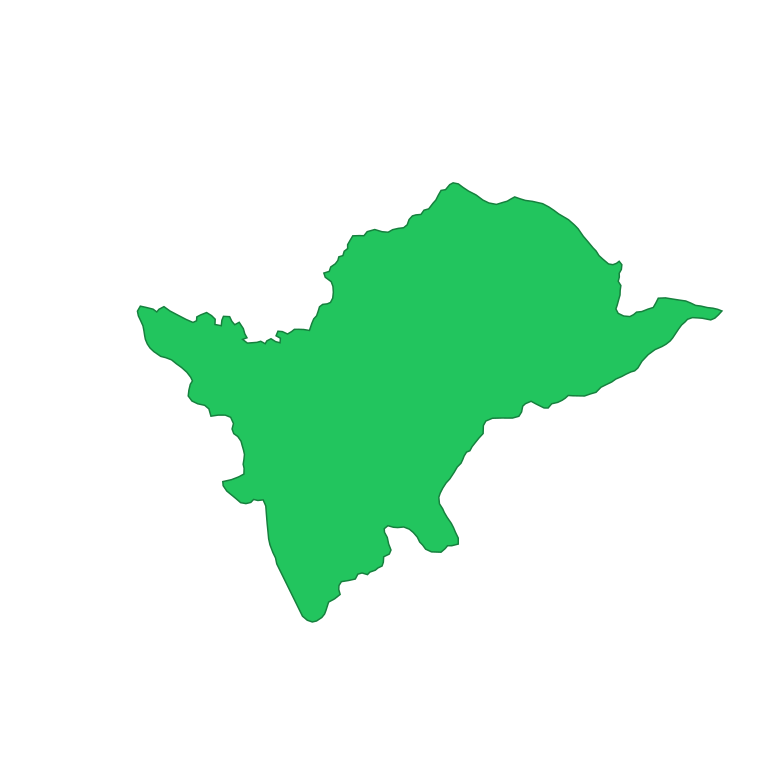 the district of Ituverava, São Paulo, Brazil, rotated 302°
{"feature_id": "56859067B5910170825055", "entity_name": "Ituverava", "entity_type": "district", "adm_level": 2, "iso_a3": "BRA", "parent_name": "Brazil", "parent_adm1": "São Paulo", "projection": "equal_earth", "projection_center": [-47.81, -20.319], "detail": "fine", "context": "isolated", "style": "filled", "palette": "green", "viewbox_px": 768, "rotation_deg": 302, "n_neighbors": 0, "source": "geoboundaries", "source_scale": "gbopen_adm2", "svg_char_len": 4263}
<svg xmlns="http://www.w3.org/2000/svg" viewBox="0 0 768 768"><g transform="rotate(302 384 384)"><path d="M315.1,136.3L311.6,139.6L308.8,144.0L305.6,148.8L301.7,152.4L298.3,155.3L295.4,158.0L292.5,162.1L290.5,166.6L289.5,171.7L289.1,180.0L290.7,185.0L291.9,191.0L291.1,197.4L290.7,203.7L289.5,210.6L287.3,216.5L285.1,219.9L281.1,219.9L275.4,221.8L270.1,224.3L267.8,230.1L268.5,236.5L270.9,243.2L270.1,248.7L265.0,254.3L269.8,259.9L273.5,265.9L274.5,271.6L270.7,277.3L265.3,279.0L262.3,282.9L262.0,287.8L259.7,293.1L256.8,296.2L253.4,300.0L250.3,303.0L245.8,305.2L241.3,307.1L238.4,310.0L233.4,312.9L228.0,309.8L222.0,305.3L215.8,299.0L212.5,301.5L209.9,307.4L208.3,319.6L207.4,325.3L209.4,330.3L213.0,333.8L217.0,334.6L218.4,338.8L221.7,342.9L217.9,348.4L211.5,353.1L203.7,358.9L197.5,363.7L191.6,368.2L187.2,372.5L182.2,379.1L179.0,384.2L174.6,388.4L143.9,437.9L143.0,444.1L144.2,449.3L147.3,452.4L153.1,455.0L157.4,455.5L161.1,454.8L169.7,452.6L175.7,456.0L182.3,458.3L185.8,454.5L189.2,452.6L193.8,452.6L198.6,458.1L203.4,463.0L208.9,462.6L212.1,465.5L213.6,471.0L217.0,471.7L221.5,475.3L224.9,476.4L228.6,478.8L232.5,477.9L237.3,475.3L242.6,478.6L246.9,477.9L250.8,472.7L255.6,468.1L258.5,463.0L261.4,460.9L265.9,462.4L267.5,467.9L269.5,471.7L273.2,476.5L274.3,482.4L273.6,487.5L271.8,493.4L268.9,498.0L267.9,502.1L266.0,506.8L266.8,513.2L269.1,517.2L271.6,521.5L276.8,523.1L280.5,523.6L282.8,527.2L287.6,531.8L292.7,528.6L296.1,523.2L299.0,519.1L301.5,514.9L304.4,508.2L307.0,503.2L309.2,500.0L311.8,494.5L317.0,490.5L321.2,489.5L326.8,489.0L333.0,489.1L338.4,490.1L346.4,490.3L352.4,490.1L357.6,491.3L361.7,490.8L365.4,490.1L370.0,490.1L372.9,492.2L377.6,491.9L388.2,493.1L394.5,494.3L401.4,490.3L406.6,490.0L412.4,494.1L415.4,498.6L417.9,502.4L420.2,506.2L423.3,511.1L428.1,515.5L433.2,515.5L438.7,513.4L442.3,514.4L447.3,517.9L447.6,523.1L448.5,532.4L450.6,535.9L456.1,536.7L460.5,541.1L464.6,543.7L467.9,545.2L471.9,546.3L474.0,550.2L480.1,560.4L485.2,564.5L489.3,568.2L496.2,569.7L501.1,572.7L506.5,576.1L511.1,578.0L516.3,581.6L520.5,584.0L525.0,586.9L528.0,589.6L532.1,590.8L540.0,590.7L549.0,592.5L556.8,595.6L563.1,599.9L567.2,602.1L572.2,603.9L576.0,604.4L586.9,604.7L591.8,605.1L596.1,606.4L599.7,607.1L603.7,610.3L606.3,615.0L608.4,619.0L611.5,627.1L615.2,629.7L620.0,631.0L625.0,631.9L624.2,627.5L622.6,622.8L620.2,617.8L618.0,611.4L615.8,606.6L615.2,601.2L614.3,595.9L611.5,589.6L608.6,582.8L606.2,577.1L602.1,571.1L596.6,571.6L591.6,571.8L587.4,568.2L582.0,564.2L578.8,560.1L575.1,558.9L571.5,556.8L568.7,551.3L568.0,545.2L570.5,540.9L574.4,540.0L579.0,538.6L584.5,537.0L588.5,534.7L593.0,532.7L595.2,528.2L599.4,526.9L602.5,524.8L606.9,524.6L611.2,522.5L612.7,518.4L609.5,517.2L606.5,514.9L604.8,510.8L605.9,503.2L606.8,498.3L609.2,493.3L610.3,488.9L612.7,481.7L614.9,474.7L618.5,466.4L619.7,461.6L621.1,453.4L620.8,441.9L621.3,436.2L621.5,430.0L621.0,423.0L617.6,413.2L614.6,406.6L613.2,401.4L611.9,395.7L608.0,393.5L604.3,391.6L601.1,388.7L595.9,384.2L593.1,377.0L592.4,370.4L593.1,362.0L592.4,353.4L592.6,346.7L593.1,341.0L591.2,336.0L587.9,334.1L581.4,333.2L578.4,329.8L573.0,330.0L567.5,330.5L563.4,329.8L556.2,329.1L552.6,325.8L547.4,325.5L544.3,321.4L541.6,319.0L536.8,318.1L531.3,319.3L526.9,317.8L523.5,313.6L519.4,309.5L514.9,307.1L512.1,301.6L510.1,294.3L504.3,289.0L499.1,288.4L496.8,284.5L493.1,279.0L488.3,279.1L482.9,279.3L479.6,281.4L475.5,279.9L471.1,281.1L467.9,278.3L464.3,279.4L460.1,279.0L455.0,276.8L450.5,277.9L446.2,274.2L443.4,277.6L442.8,285.0L439.7,289.0L435.0,292.4L429.7,295.0L424.8,295.4L421.9,293.4L419.0,289.8L415.3,288.4L410.9,289.6L406.1,290.7L402.0,289.9L397.0,290.7L389.9,292.4L387.7,287.1L385.0,282.4L382.8,279.0L379.6,277.9L375.3,275.7L374.6,270.1L372.6,266.1L367.7,266.9L367.9,271.9L363.9,274.0L362.5,269.7L362.5,264.2L358.5,261.8L355.2,261.9L354.9,256.8L352.0,254.2L349.2,250.4L346.3,246.5L346.9,240.4L350.6,243.3L352.9,239.2L356.4,235.4L359.6,228.5L355.2,226.0L356.5,221.8L359.3,217.4L356.3,212.0L352.2,212.7L347.2,215.1L344.9,209.1L349.5,206.5L350.6,201.6L350.6,195.7L345.6,192.0L341.7,189.7L338.3,191.5L335.0,189.4L333.9,182.1L333.0,170.7L332.5,163.8L333.0,156.4L328.2,153.6L324.7,153.1L325.1,148.5L322.8,141.4L320.9,136.1L315.1,136.3Z" fill="#22c55e" stroke="#15803d" stroke-width="1.5"/></g></svg>